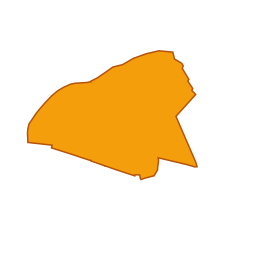 the district of Banjul South, Gambia, rotated 228°
{"feature_id": "56634734B29168541437208", "entity_name": "Banjul South", "entity_type": "district", "adm_level": 2, "iso_a3": "GMB", "parent_name": "Gambia", "parent_adm1": "", "projection": "orthographic", "projection_center": [-16.577, 13.449], "detail": "fine", "context": "isolated", "style": "filled", "palette": "amber", "viewbox_px": 256, "rotation_deg": 228, "n_neighbors": 0, "source": "geoboundaries", "source_scale": "gbopen_adm2", "svg_char_len": 1242}
<svg xmlns="http://www.w3.org/2000/svg" viewBox="0 0 256 256"><g transform="rotate(228 128 128)"><path d="M75.0,115.3L75.1,115.6L75.9,118.2L77.1,121.9L79.5,124.3L82.5,128.1L84.7,129.9L85.7,130.5L60.9,147.6L54.4,151.6L53.0,153.4L54.5,154.1L57.3,155.5L104.6,171.4L104.6,171.6L107.6,200.7L113.2,200.6L114.0,202.5L123.0,203.9L123.3,205.7L135.9,208.2L137.3,210.7L140.3,211.2L148.2,208.7L154.4,212.1L163.5,203.7L164.7,202.6L170.9,191.4L176.0,179.0L178.8,166.2L183.4,157.6L184.5,148.3L185.8,138.7L187.7,131.5L187.2,131.4L189.4,127.8L191.8,124.8L196.7,118.6L199.0,114.6L201.4,107.2L202.7,100.7L203.0,92.8L202.1,82.0L201.4,76.4L200.4,69.9L197.3,57.3L194.7,53.4L191.6,50.0L187.1,46.3L184.2,43.9L183.5,44.6L178.8,48.7L177.2,50.2L166.6,59.6L166.1,60.1L165.9,59.9L165.8,59.7L164.7,58.2L164.4,57.8L144.5,69.5L136.5,74.0L133.9,75.5L131.5,76.9L129.4,78.1L128.9,78.6L128.6,78.9L128.3,78.6L127.9,78.4L126.5,79.4L116.0,85.1L115.2,85.6L115.1,85.4L114.5,86.0L110.7,88.1L106.1,90.6L99.8,94.2L97.2,95.7L87.9,101.0L88.6,101.7L87.9,102.5L87.4,103.1L86.9,103.6L86.6,104.0L86.0,104.5L85.2,105.2L84.6,104.9L83.7,104.4L83.0,104.0L82.5,103.8L82.5,103.5L81.0,103.1L80.4,104.6L79.5,106.9L75.8,114.0L75.0,115.3Z" fill="#f59e0b" stroke="#b45309" stroke-width="1.5"/></g></svg>